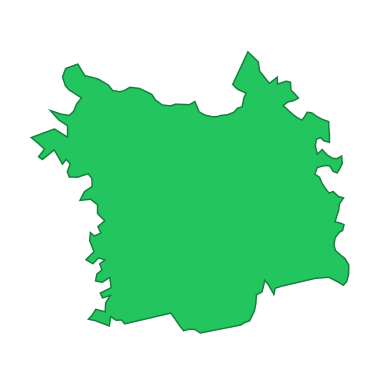 outline of Tapejara, Rio Grande do Sul, Brazil, rotated 353°
{"feature_id": "56859067B25577856249744", "entity_name": "Tapejara", "entity_type": "district", "adm_level": 2, "iso_a3": "BRA", "parent_name": "Brazil", "parent_adm1": "Rio Grande do Sul", "projection": "equal_earth", "projection_center": [-52.006, -28.054], "detail": "fine", "context": "isolated", "style": "filled", "palette": "green", "viewbox_px": 384, "rotation_deg": 353, "n_neighbors": 0, "source": "geoboundaries", "source_scale": "gbopen_adm2", "svg_char_len": 2358}
<svg xmlns="http://www.w3.org/2000/svg" viewBox="0 0 384 384"><g transform="rotate(353 192 192)"><path d="M228.0,328.1L233.4,326.9L236.0,323.0L239.4,317.8L241.7,310.7L243.4,301.9L249.1,299.8L251.3,294.7L253.4,288.5L256.4,293.0L260.8,303.6L262.8,297.6L269.6,296.4L304.1,292.7L317.4,293.3L326.3,299.3L330.8,303.0L334.6,299.8L337.4,292.8L338.7,283.6L335.8,276.7L332.1,273.1L327.2,267.4L326.4,261.6L328.5,254.9L333.1,250.1L336.8,248.5L338.9,242.9L334.6,240.5L330.4,239.2L332.8,233.4L335.3,228.3L336.8,221.8L341.7,216.3L336.8,214.3L332.1,208.7L327.9,209.8L325.1,205.2L322.1,199.2L320.4,193.0L316.1,189.3L319.2,183.0L326.6,181.9L331.9,182.8L334.6,188.7L338.3,190.8L341.1,187.4L344.5,182.3L344.9,174.5L340.2,176.5L336.0,175.9L330.8,171.9L326.4,165.7L321.0,169.7L320.0,161.4L321.8,154.8L326.2,153.7L329.3,157.4L334.5,159.4L335.4,151.4L335.7,144.8L336.2,138.8L330.0,135.7L325.3,132.4L320.3,127.9L315.9,126.9L313.1,130.8L309.8,134.1L305.5,131.0L301.5,127.2L297.8,123.0L293.1,117.3L298.0,114.4L303.8,113.7L309.1,111.8L306.1,107.3L302.6,102.8L303.1,95.0L298.9,93.5L290.1,95.3L290.6,88.4L282.0,93.6L273.7,79.9L273.7,71.1L264.6,59.7L245.5,90.2L249.8,95.6L257.7,100.4L254.9,105.2L252.2,113.5L247.3,114.4L243.4,117.9L236.6,119.7L230.2,119.5L226.1,120.3L221.6,119.9L213.7,117.0L208.8,113.2L205.9,102.6L199.9,105.0L186.3,102.8L181.3,103.9L173.2,102.1L166.8,96.1L164.0,90.2L152.5,82.8L143.1,80.5L137.1,83.1L132.7,83.7L125.7,81.7L122.0,75.7L112.6,68.4L99.8,63.4L94.2,51.1L81.7,54.0L77.5,62.0L79.3,71.1L82.3,75.5L93.7,85.1L88.1,90.8L84.3,97.6L79.5,101.0L71.6,98.8L61.4,93.9L68.5,104.2L76.6,111.2L75.1,122.4L63.2,112.7L51.0,115.5L39.1,118.4L45.0,124.6L50.8,131.5L44.0,138.3L47.4,141.5L60.4,133.5L66.8,148.6L71.1,144.3L74.5,149.2L70.8,156.6L71.9,162.1L80.1,163.4L91.1,161.2L94.3,166.3L93.6,174.3L85.3,178.5L79.8,186.7L90.5,186.8L96.7,193.2L95.6,201.9L101.9,209.9L94.4,214.9L96.6,221.6L89.8,223.8L86.2,219.9L84.5,227.8L87.5,239.2L78.5,246.3L84.9,251.1L91.1,246.1L97.5,248.6L91.7,252.1L93.1,258.5L87.7,261.7L85.4,268.5L91.8,270.7L100.0,266.8L100.1,277.1L88.7,281.1L90.3,286.2L98.4,284.8L92.8,291.4L91.2,300.4L82.2,296.7L77.3,302.7L73.7,305.6L80.3,307.9L93.6,314.9L96.1,305.8L101.1,310.1L106.4,310.4L109.1,314.7L156.1,309.6L159.5,315.5L163.6,323.5L166.8,328.7L172.8,327.8L178.4,328.9L183.0,332.9L224.0,330.0L228.0,328.1Z" fill="#22c55e" stroke="#15803d" stroke-width="1.5"/></g></svg>